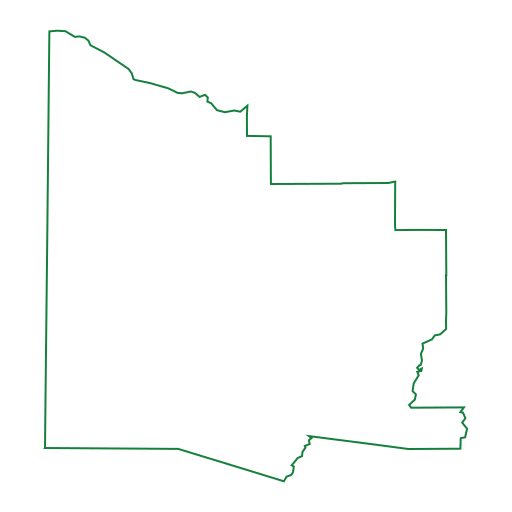 the district of Yavapai, Arizona, United States of America
{"feature_id": "52423323B41142242539063", "entity_name": "Yavapai", "entity_type": "district", "adm_level": 2, "iso_a3": "USA", "parent_name": "United States of America", "parent_adm1": "Arizona", "projection": "albers", "projection_center": [-112.227, 34.707], "detail": "fine", "context": "isolated", "style": "outline", "palette": "green", "viewbox_px": 512, "rotation_deg": 0, "n_neighbors": 0, "source": "geoboundaries", "source_scale": "gbopen_adm2", "svg_char_len": 1302}
<svg xmlns="http://www.w3.org/2000/svg" viewBox="0 0 512 512"><path d="M45.9,361.2L45.0,447.8L44.9,448.0L178.2,448.9L249.5,470.7L283.9,481.3L286.5,476.7L291.3,474.9L293.0,472.2L293.8,466.5L291.7,465.3L297.8,457.9L302.0,456.2L302.5,451.9L305.5,447.6L304.8,446.0L309.7,444.0L308.9,440.2L311.5,438.1L309.0,436.1L377.4,444.9L408.3,449.0L460.4,448.7L460.7,438.2L465.1,437.3L467.1,428.8L462.2,422.7L465.4,418.2L463.0,412.7L460.4,412.1L463.9,407.4L411.1,407.7L409.1,404.9L414.9,399.5L415.9,394.4L412.6,391.1L413.7,383.4L418.7,375.3L417.3,371.8L421.3,371.0L421.8,368.5L419.1,370.0L417.1,367.8L419.3,365.4L420.8,364.9L422.0,360.4L420.9,354.0L423.2,348.5L422.5,343.6L431.9,339.4L434.8,335.4L440.1,334.4L446.1,329.0L446.0,320.2L446.3,312.4L446.0,275.3L446.3,275.3L446.0,230.0L416.1,229.9L395.4,230.1L395.0,226.0L395.2,181.6L388.3,183.0L343.8,183.2L340.7,183.7L270.9,184.0L270.7,136.3L247.0,135.9L246.9,116.2L247.4,105.7L240.3,111.7L234.3,110.5L224.9,112.2L217.0,110.2L211.1,103.2L207.4,101.6L207.8,97.5L205.1,94.8L199.6,96.9L195.0,92.9L190.9,91.5L182.1,93.3L177.6,92.9L168.2,88.3L149.6,83.0L135.4,80.0L133.5,79.1L131.8,73.4L128.6,69.0L104.2,52.4L90.5,45.3L88.4,40.6L84.8,37.7L79.3,36.4L74.9,36.9L65.4,31.2L57.1,30.7L49.4,31.4L49.3,36.8L47.2,243.9L45.9,361.2Z" fill="none" stroke="#15803d" stroke-width="2"/></svg>